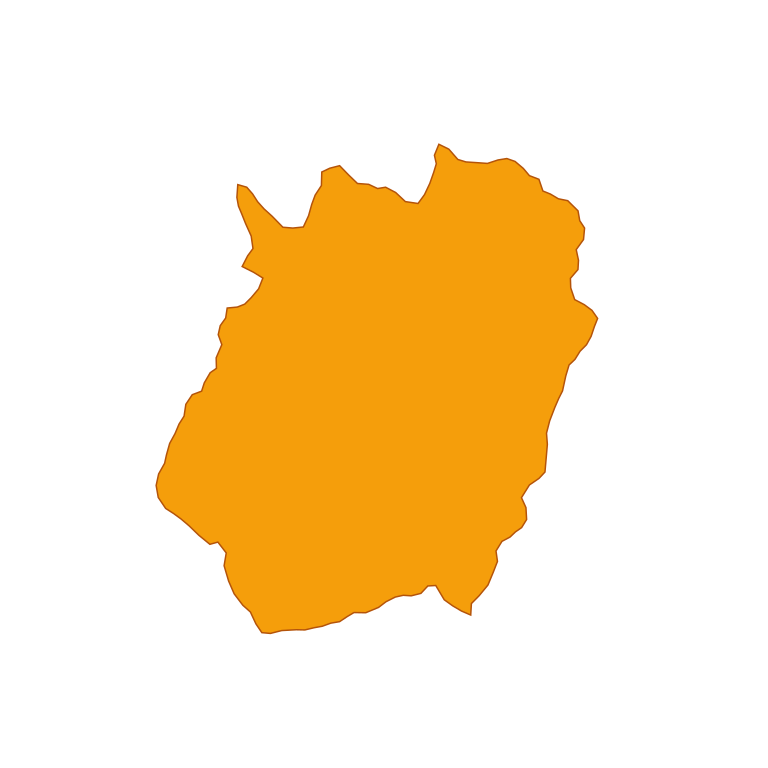 Monsenhor Paulo, Minas Gerais, Brazil, rotated 332°
{"feature_id": "56859067B7158263227488", "entity_name": "Monsenhor Paulo", "entity_type": "district", "adm_level": 2, "iso_a3": "BRA", "parent_name": "Brazil", "parent_adm1": "Minas Gerais", "projection": "natural_earth1", "projection_center": [-45.479, -21.731], "detail": "fine", "context": "isolated", "style": "filled", "palette": "amber", "viewbox_px": 768, "rotation_deg": 332, "n_neighbors": 0, "source": "geoboundaries", "source_scale": "gbopen_adm2", "svg_char_len": 2115}
<svg xmlns="http://www.w3.org/2000/svg" viewBox="0 0 768 768"><g transform="rotate(332 384 384)"><path d="M578.9,237.8L569.8,232.1L560.6,226.4L554.6,220.4L551.5,207.1L545.0,198.1L535.9,205.7L533.6,214.1L527.3,220.4L518.6,228.4L508.7,235.8L498.8,240.6L488.5,233.0L484.2,220.4L477.8,211.0L470.1,208.4L464.2,200.5L454.7,194.5L450.8,182.5L447.3,170.4L437.4,168.0L428.6,167.6L421.9,179.4L411.9,184.9L404.5,191.5L396.4,200.0L386.5,207.5L376.7,203.5L368.3,198.1L364.0,183.4L360.3,173.1L358.0,163.8L357.2,154.4L355.2,145.8L348.5,139.3L341.7,150.2L339.0,158.6L338.2,167.4L337.1,177.4L336.2,191.0L331.9,202.9L323.8,206.8L313.9,213.7L321.2,224.0L326.8,233.6L318.0,241.1L307.3,245.4L298.5,248.1L290.6,247.2L281.2,243.3L275.2,251.4L266.8,255.6L260.8,262.6L259.3,273.1L248.1,282.1L243.4,291.5L235.9,292.4L225.9,298.6L219.6,304.7L209.7,303.4L199.5,308.9L192.4,318.5L184.3,323.1L176.2,329.7L166.9,335.8L158.7,344.4L153.1,351.0L142.8,357.6L135.2,366.6L131.4,378.2L132.8,391.4L137.2,399.2L141.3,407.6L145.4,417.9L149.5,430.6L155.0,443.8L163.1,445.6L165.4,459.1L157.5,469.4L154.3,485.0L153.2,498.9L155.5,513.1L159.0,522.6L158.3,535.7L159.4,546.2L166.6,550.9L178.0,553.7L191.2,559.8L198.7,564.0L207.9,566.4L215.7,568.9L224.8,570.2L233.2,573.0L242.0,572.1L250.2,571.7L260.5,577.4L274.4,578.7L283.5,577.2L293.9,577.4L301.8,579.6L308.6,583.8L318.3,586.2L327.9,582.9L335.1,586.2L335.9,602.8L340.5,612.1L345.8,620.8L352.1,628.7L358.1,618.9L368.6,615.6L381.4,610.3L392.1,601.5L400.9,593.9L404.5,584.0L414.3,578.3L423.5,578.3L430.6,576.3L438.1,575.4L446.3,570.6L451.3,559.8L452.0,548.9L465.0,541.4L476.6,540.1L484.8,537.3L493.1,524.5L499.9,514.0L504.4,503.7L513.0,494.3L523.7,485.0L531.6,478.7L538.4,473.9L548.3,462.2L556.3,454.1L564.2,451.9L572.5,447.1L581.2,444.4L589.2,439.2L596.8,432.0L603.4,426.4L602.2,416.6L598.1,408.0L592.0,399.0L594.0,386.8L598.2,378.2L609.0,374.0L613.8,366.1L616.8,355.6L628.0,350.1L634.3,340.5L633.5,331.7L636.6,322.2L632.3,308.4L624.9,302.3L620.1,294.4L614.9,288.2L616.9,276.0L610.2,268.3L608.2,259.0L604.2,249.0L598.3,242.6L589.8,239.7L578.9,237.8Z" fill="#f59e0b" stroke="#b45309" stroke-width="1.5"/></g></svg>